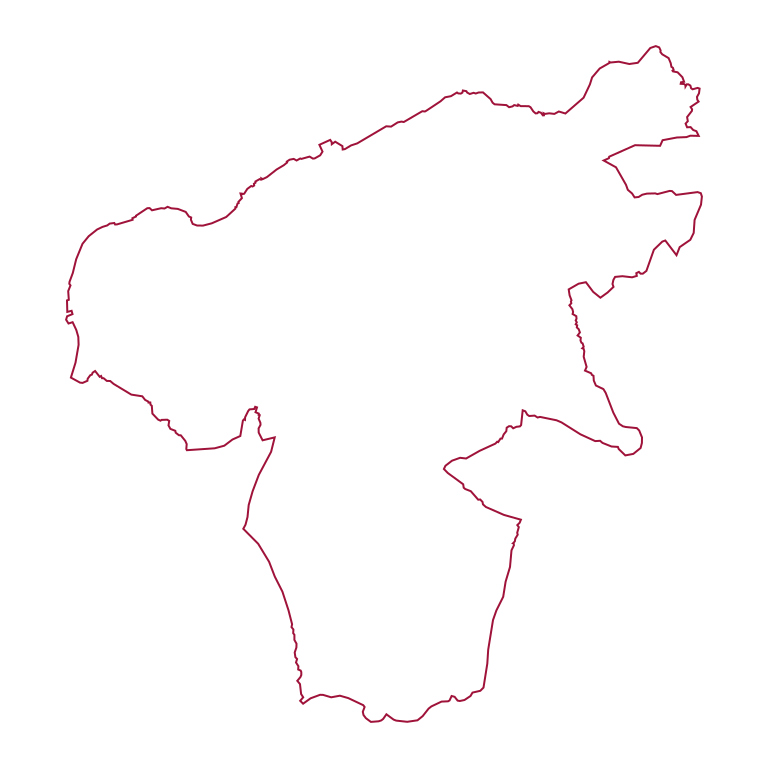 Kota Kupang, Nusa Tenggara Timur, Indonesia
{"feature_id": "22746128B56606429525327", "entity_name": "Kota Kupang", "entity_type": "district", "adm_level": 2, "iso_a3": "IDN", "parent_name": "Indonesia", "parent_adm1": "Nusa Tenggara Timur", "projection": "mercator", "projection_center": [123.613, -10.211], "detail": "fine", "context": "isolated", "style": "outline", "palette": "rose", "viewbox_px": 768, "rotation_deg": 0, "n_neighbors": 0, "source": "geoboundaries", "source_scale": "gbopen_adm2", "svg_char_len": 6037}
<svg xmlns="http://www.w3.org/2000/svg" viewBox="0 0 768 768"><path d="M70.9,377.6L80.0,382.6L82.6,382.9L87.4,380.8L87.7,378.7L90.3,375.2L91.9,374.6L92.6,372.7L95.1,371.0L99.7,376.8L101.1,376.0L102.0,378.2L103.6,378.2L106.8,380.9L110.2,381.0L113.6,383.9L131.3,394.6L142.3,396.3L145.1,399.9L148.3,401.6L148.5,402.6L150.3,402.5L150.5,404.6L151.8,405.8L152.4,413.6L158.1,419.6L160.5,420.7L161.6,419.9L167.2,419.7L169.2,420.9L168.5,425.4L170.4,428.9L175.3,430.8L175.7,432.7L178.9,435.2L180.8,435.3L185.3,440.9L186.7,444.1L186.3,449.0L186.9,450.2L214.7,448.3L224.3,445.7L232.5,439.5L240.3,436.0L242.9,420.6L243.9,419.4L245.0,419.9L245.1,417.3L248.2,411.0L249.5,409.4L254.2,409.0L255.2,406.8L257.0,407.4L255.5,412.2L258.8,413.6L258.6,414.9L259.7,415.2L258.6,418.6L260.4,422.8L260.5,424.9L258.6,428.4L258.7,432.6L262.6,440.3L274.7,437.4L271.1,451.8L258.8,474.9L252.6,491.3L248.7,505.0L247.5,517.1L245.5,524.7L243.3,528.8L258.2,543.8L269.1,561.8L274.8,576.6L282.4,591.6L288.5,610.3L292.1,624.3L291.5,627.1L293.4,629.5L293.2,633.2L294.4,634.8L294.4,639.9L296.5,643.7L296.4,647.5L294.7,652.5L295.4,657.2L297.1,659.0L296.0,662.5L298.4,666.2L298.2,669.5L300.7,670.6L301.3,672.1L301.3,675.0L300.4,677.1L297.3,680.8L300.0,684.1L301.1,694.0L303.2,697.3L300.2,700.8L303.1,703.7L310.6,698.3L320.1,694.8L323.1,694.9L331.2,697.3L339.9,695.7L348.3,698.1L363.3,705.2L364.6,707.0L362.8,711.8L363.5,715.0L365.9,718.2L370.9,721.9L378.6,721.3L381.3,720.4L383.2,718.9L386.4,714.3L393.6,719.6L396.2,720.6L407.2,721.8L417.5,720.3L422.7,716.1L428.6,708.6L431.4,706.4L441.5,701.6L448.1,701.3L449.6,700.4L451.6,696.0L454.6,696.8L457.6,700.6L459.8,701.0L464.5,700.0L470.5,696.0L472.5,692.6L480.3,690.8L483.5,687.6L487.3,663.6L488.2,649.7L493.0,620.1L496.4,610.4L503.2,596.8L505.6,581.7L510.0,567.0L511.5,550.3L513.9,545.3L513.7,543.3L513.1,543.2L514.8,541.4L515.3,538.6L517.7,534.7L517.2,532.8L518.8,527.1L517.3,525.1L519.7,522.7L520.9,519.7L503.9,514.9L485.9,507.0L483.0,504.4L482.5,501.9L480.2,499.5L478.2,499.7L470.8,491.2L465.2,489.0L463.7,487.7L463.2,484.3L447.8,473.0L443.9,469.0L445.5,465.7L452.0,460.7L460.1,457.8L466.1,458.5L479.7,450.8L495.4,443.6L497.2,441.7L498.2,442.1L500.5,438.6L502.0,438.6L503.7,434.4L506.3,431.2L506.7,427.7L509.0,426.2L511.2,426.3L513.2,428.3L516.4,426.8L519.9,426.4L521.1,425.1L522.7,410.3L525.3,411.3L527.3,414.7L529.2,416.0L534.6,415.6L537.6,417.5L540.0,416.9L556.6,420.3L561.5,422.4L580.4,434.3L595.2,441.1L600.1,440.8L602.5,442.9L611.5,446.5L617.9,446.9L618.7,449.0L625.3,455.4L633.3,453.9L640.6,448.0L641.9,443.0L642.0,437.4L639.2,430.5L636.8,428.1L625.8,427.0L622.9,426.3L619.0,423.7L613.3,412.6L605.7,392.9L603.4,389.1L595.9,385.5L593.8,380.6L593.5,375.8L591.8,374.8L591.2,373.3L585.0,370.6L586.6,366.9L583.7,356.8L584.3,351.2L583.6,348.8L582.3,348.3L583.7,346.8L582.6,343.4L581.4,342.7L580.5,340.5L580.8,337.7L577.6,335.5L579.9,332.4L578.7,329.2L576.8,327.4L577.2,325.3L575.7,324.3L576.8,322.3L575.7,320.4L576.5,318.8L576.3,316.2L572.6,314.0L573.1,312.0L572.4,309.2L569.4,305.3L571.3,303.3L570.9,301.4L571.5,300.3L569.6,295.3L568.7,289.4L578.6,283.7L585.9,282.2L593.2,291.9L600.4,297.7L607.6,292.5L613.5,286.9L612.5,284.0L613.4,279.9L615.1,276.9L622.4,276.2L632.1,277.3L636.8,275.9L636.3,273.2L638.9,271.9L640.6,273.7L642.8,273.7L646.4,270.9L653.9,249.7L662.3,241.6L665.3,240.5L676.5,255.2L679.7,247.1L690.3,239.8L693.7,232.9L694.6,219.9L701.0,204.7L701.9,196.5L700.8,193.2L697.6,192.1L676.1,194.9L672.0,191.1L669.7,190.9L657.4,194.1L655.3,193.4L647.0,193.6L642.3,194.7L638.6,197.0L634.6,197.4L632.1,193.5L627.8,189.8L626.0,184.8L616.0,167.3L603.7,160.5L608.9,158.2L609.2,156.7L635.0,145.2L660.1,145.8L662.6,140.2L676.9,137.5L686.5,137.1L690.3,135.7L698.7,135.9L696.4,131.2L693.2,130.0L690.6,127.1L687.1,127.3L685.6,123.6L687.8,121.2L687.1,117.1L691.9,110.9L692.1,109.3L690.6,107.0L698.6,101.6L697.3,99.7L697.0,96.9L699.0,93.3L699.6,88.6L697.6,87.9L692.6,89.3L691.1,88.2L690.4,85.6L688.3,84.3L686.8,84.3L685.5,86.5L685.4,85.0L684.0,84.0L680.7,83.8L681.0,82.3L684.1,81.8L682.4,77.2L677.6,72.3L673.0,71.4L672.5,70.7L673.6,69.8L672.9,67.8L671.4,66.8L670.7,63.1L668.6,58.1L662.2,54.3L660.4,52.0L660.6,50.4L659.2,47.4L655.8,46.1L650.3,48.0L637.8,62.8L629.3,64.0L618.8,61.7L610.6,62.5L609.4,61.9L609.3,63.0L599.7,68.5L592.1,77.4L589.9,84.4L583.6,97.7L565.4,113.5L558.8,111.5L554.4,113.9L549.2,113.3L545.0,113.9L543.6,113.2L543.9,115.3L542.9,115.4L540.9,112.7L538.5,111.9L537.5,113.2L535.6,113.4L533.3,111.4L530.5,107.2L528.8,106.2L520.6,106.1L518.2,104.6L517.7,105.9L514.2,105.1L512.5,106.4L509.1,107.2L506.4,105.1L494.6,104.3L492.6,102.7L490.6,99.1L483.0,92.4L478.6,92.5L475.8,93.5L473.6,92.8L469.8,94.0L467.1,92.5L466.4,91.2L462.9,90.5L462.4,92.6L460.8,93.6L458.2,93.4L457.0,92.5L450.9,96.2L445.1,97.3L440.5,101.3L426.2,110.8L424.9,111.5L422.3,111.2L403.8,122.0L401.4,121.6L397.7,122.4L391.1,126.6L386.2,126.3L357.2,143.4L351.1,145.4L344.9,149.1L342.7,149.5L342.4,146.1L335.2,141.7L331.8,144.2L331.7,142.1L330.2,139.9L319.4,144.8L322.5,151.6L320.2,155.3L314.7,158.4L312.9,158.6L309.6,156.6L301.4,158.9L300.2,158.5L296.6,160.5L293.7,158.9L289.6,159.7L286.8,161.6L287.1,162.5L283.8,165.2L276.6,169.5L266.9,177.1L262.8,179.1L261.8,178.6L262.1,179.3L261.0,179.7L259.6,179.1L255.4,181.5L255.5,182.7L253.9,183.8L254.2,185.5L252.6,186.5L251.2,186.0L247.3,188.9L244.2,193.7L242.1,194.2L241.9,193.6L240.5,193.5L241.9,198.1L238.4,201.9L238.7,203.0L237.5,203.6L236.4,207.1L235.4,207.1L235.3,208.7L226.2,217.0L211.8,223.3L203.0,225.6L197.0,225.5L192.7,223.9L190.9,219.7L191.2,217.5L188.9,216.5L185.7,211.9L177.8,208.9L171.2,208.3L167.6,206.8L164.5,208.5L161.2,208.2L152.0,210.3L149.6,208.1L147.3,208.2L136.0,215.7L136.0,216.5L132.4,218.2L132.6,219.8L117.0,224.4L115.1,224.5L114.3,223.0L109.7,223.6L107.3,225.4L102.5,226.9L97.1,229.5L88.7,236.2L82.5,243.8L76.2,259.2L72.8,273.0L69.5,281.9L69.3,283.8L70.5,285.4L68.2,291.1L68.8,299.8L67.0,300.4L67.3,311.9L71.6,310.8L72.5,314.1L67.1,316.3L66.1,319.7L68.5,323.5L72.6,322.2L73.2,323.4L76.3,330.0L78.3,336.9L78.6,344.8L75.5,362.7L70.9,377.6Z" fill="none" stroke="#9f1239" stroke-width="2"/></svg>